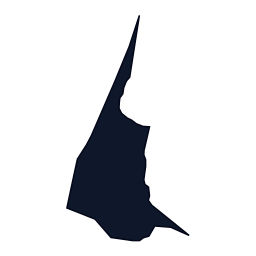 Várzea, Rio Grande do Norte, Brazil (Mercator projection)
{"feature_id": "56859067B38668332786629", "entity_name": "Várzea", "entity_type": "district", "adm_level": 2, "iso_a3": "BRA", "parent_name": "Brazil", "parent_adm1": "Rio Grande do Norte", "projection": "mercator", "projection_center": [-35.357, -6.316], "detail": "fine", "context": "isolated", "style": "filled", "palette": "ink", "viewbox_px": 256, "rotation_deg": 0, "n_neighbors": 0, "source": "geoboundaries", "source_scale": "gbopen_adm2", "svg_char_len": 644}
<svg xmlns="http://www.w3.org/2000/svg" viewBox="0 0 256 256"><path d="M129.1,46.8L115.2,80.6L91.3,135.8L86.6,144.7L77.4,159.1L72.5,181.7L66.9,208.0L95.0,219.1L111.0,237.5L127.4,239.8L132.5,240.6L139.6,240.6L143.4,237.7L148.8,236.2L154.8,226.0L170.6,227.2L189.1,235.4L151.8,205.3L148.3,200.3L149.5,195.9L148.5,187.1L144.9,184.4L143.8,179.9L144.5,174.4L145.6,166.6L145.6,159.7L143.8,154.8L144.0,150.6L149.5,126.8L143.0,126.4L136.4,123.8L131.5,120.1L127.2,118.0L121.6,113.4L119.0,108.3L119.3,102.7L119.8,98.0L122.8,93.8L123.7,87.7L126.4,81.0L129.7,77.2L135.2,41.8L139.4,15.4L129.1,46.8Z" fill="#0f172a" stroke="#020617" stroke-width="1.5"/></svg>